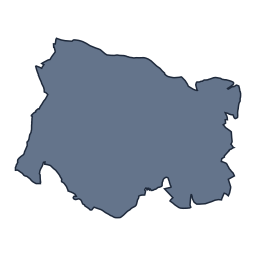 Cozma, Bistrita-Nasaud, Romania
{"feature_id": "2599482B53910069394437", "entity_name": "Cozma", "entity_type": "district", "adm_level": 2, "iso_a3": "ROU", "parent_name": "Romania", "parent_adm1": "Bistrita-Nasaud", "projection": "orthographic", "projection_center": [24.5, 46.802], "detail": "fine", "context": "isolated", "style": "filled", "palette": "slate", "viewbox_px": 256, "rotation_deg": 0, "n_neighbors": 0, "source": "geoboundaries", "source_scale": "gbopen_adm2", "svg_char_len": 5748}
<svg xmlns="http://www.w3.org/2000/svg" viewBox="0 0 256 256"><path d="M233.8,147.6L233.4,147.4L232.8,146.7L231.5,144.8L230.9,144.2L231.8,142.5L232.0,142.0L232.1,141.3L231.7,137.7L231.3,131.9L230.2,130.9L225.8,127.8L225.2,127.2L224.5,126.2L223.2,124.8L225.6,123.1L225.2,119.8L226.7,119.6L227.4,119.7L227.2,117.6L226.9,116.4L225.2,112.7L228.0,113.4L229.3,114.2L230.4,114.4L231.0,114.7L232.9,114.8L233.1,115.0L233.7,116.6L234.2,117.7L234.7,118.2L235.2,118.6L235.9,118.4L237.5,117.5L237.7,115.9L237.6,112.5L237.8,110.5L238.2,108.7L238.5,105.9L238.9,103.7L239.3,102.6L240.1,101.1L240.1,99.0L240.2,98.2L240.5,97.2L240.6,95.7L240.6,93.4L240.4,92.6L240.3,91.8L239.9,91.4L239.5,88.7L238.8,86.0L237.4,85.4L236.3,85.1L234.2,86.5L233.7,86.3L233.1,86.8L232.8,86.8L232.5,86.6L231.9,86.9L228.3,89.1L227.8,88.9L227.5,88.5L230.1,86.9L233.4,84.1L233.6,83.3L233.6,82.9L233.4,82.4L233.0,82.1L231.6,81.4L229.6,80.7L226.2,79.8L224.3,79.7L223.6,79.5L222.5,79.4L221.4,78.9L220.7,78.4L220.3,78.3L216.4,77.6L215.3,77.5L213.4,77.8L210.7,78.8L208.3,79.5L207.8,79.8L206.0,80.0L204.4,80.0L203.4,80.4L202.5,81.2L201.0,81.3L199.4,82.0L196.9,82.0L196.3,82.8L195.8,84.6L195.8,85.0L196.2,86.8L196.6,88.1L196.8,89.2L197.1,89.9L197.4,90.4L197.1,90.5L195.3,90.1L193.3,89.3L188.7,86.5L188.4,86.3L188.2,86.0L187.3,84.0L185.2,80.7L181.9,77.3L181.2,76.9L179.3,77.3L174.3,77.7L173.0,77.6L170.3,77.1L167.9,76.5L167.0,76.0L165.6,75.0L164.6,74.0L164.7,73.4L164.6,73.1L162.2,70.9L161.0,69.5L159.9,68.3L156.6,66.0L151.1,60.9L148.3,59.1L145.8,58.1L143.9,57.7L142.7,57.7L138.9,57.8L136.7,57.7L135.2,57.8L133.9,58.0L132.0,57.6L129.4,57.3L128.9,57.0L127.2,56.6L126.0,56.1L123.9,55.6L119.5,55.4L117.1,55.0L116.4,55.1L114.6,55.4L113.0,55.4L110.5,55.3L106.9,54.9L105.0,53.7L100.3,49.7L98.1,48.8L95.7,48.0L90.0,45.7L86.5,43.5L82.9,41.7L81.2,41.1L78.6,40.4L75.7,40.0L74.1,39.9L73.5,40.0L73.0,40.3L72.1,41.1L71.5,41.2L65.1,40.7L61.4,40.0L58.1,38.9L56.5,38.3L55.9,39.5L55.3,43.9L53.5,43.9L53.7,47.3L54.2,47.4L55.1,50.9L55.2,52.0L52.5,55.6L51.2,57.5L50.1,59.5L48.0,60.0L42.6,62.9L41.7,63.5L43.9,64.7L42.3,66.9L41.7,68.3L39.4,67.2L36.2,66.0L35.7,66.3L36.5,69.3L37.7,72.9L38.3,74.1L38.4,75.4L38.9,76.3L39.5,78.1L41.3,82.0L41.7,83.5L43.6,87.3L44.2,89.7L44.2,91.2L44.3,92.0L45.1,92.3L45.8,92.6L46.9,93.6L47.8,94.6L47.1,96.0L45.3,99.2L43.7,101.1L41.8,104.3L40.2,106.6L39.2,108.9L38.2,108.8L37.7,109.2L36.6,110.0L36.1,110.5L35.7,111.0L35.8,111.2L35.5,111.6L35.6,111.9L33.7,113.0L31.7,115.0L31.9,115.1L31.4,115.9L32.3,116.6L32.0,118.3L31.9,121.3L31.7,122.1L31.7,122.3L31.9,122.6L31.9,122.8L31.6,125.3L31.6,128.2L31.5,130.2L31.2,130.9L31.1,132.1L31.0,132.4L29.7,134.9L29.0,138.9L28.7,139.8L28.0,141.1L27.0,142.1L27.2,144.2L27.2,145.5L27.1,146.0L26.6,147.0L26.2,148.1L24.5,151.9L24.3,153.0L23.8,154.2L23.4,154.7L20.9,156.5L18.9,158.3L17.9,159.6L17.7,160.2L17.6,161.0L17.6,161.7L17.8,162.4L17.2,163.3L17.0,164.0L16.3,164.9L16.2,165.4L16.1,166.2L15.6,167.1L15.4,167.7L15.4,168.2L15.5,168.8L15.4,170.2L15.6,170.3L16.5,170.1L17.4,170.1L18.1,170.4L22.4,173.4L23.9,175.3L25.0,175.9L25.7,176.1L26.8,176.3L30.0,178.8L30.6,179.5L31.2,180.3L32.5,181.5L33.1,181.9L35.3,183.2L36.2,183.6L37.2,183.6L40.4,183.6L40.3,182.0L40.6,182.0L40.4,180.5L40.2,178.2L40.1,174.9L39.9,174.4L39.6,174.1L39.4,173.6L39.7,172.4L39.8,171.1L40.7,168.8L42.0,166.5L42.7,164.9L43.1,163.4L43.5,162.3L45.0,162.0L44.7,164.2L47.3,164.6L50.1,165.4L50.6,165.7L53.6,168.6L55.7,170.2L58.6,173.9L59.7,175.5L60.2,176.7L61.8,179.2L61.5,180.0L61.6,181.7L62.9,182.4L64.2,183.4L66.5,186.6L68.0,190.3L68.0,190.9L70.0,191.7L71.0,192.0L72.7,192.8L73.5,193.2L75.0,194.2L75.8,195.4L76.3,196.3L75.6,196.4L74.3,196.2L74.0,196.3L73.5,197.0L73.3,197.3L73.2,197.8L73.4,198.3L74.1,199.1L75.2,199.5L76.0,199.5L78.6,198.8L79.8,199.2L80.8,199.9L81.4,200.8L82.6,203.7L83.1,204.2L84.2,204.7L84.5,204.9L84.9,205.9L85.4,206.3L86.3,206.8L88.0,208.0L89.2,208.9L90.1,209.9L91.2,210.0L91.9,209.8L92.9,208.4L94.1,207.2L97.4,208.4L101.0,209.6L102.6,210.5L105.5,212.6L108.7,214.3L110.5,215.5L111.9,216.0L114.2,217.3L115.3,217.6L117.0,217.7L119.7,217.6L120.5,217.4L121.5,216.7L123.5,215.1L126.9,211.8L128.0,210.9L130.0,209.7L130.9,208.7L132.5,207.6L134.7,206.5L135.5,205.9L136.0,205.3L136.4,204.5L136.8,203.0L137.6,199.7L138.4,198.5L138.7,197.7L138.7,196.2L139.8,195.6L140.8,195.3L141.6,195.1L144.7,195.0L145.5,191.6L145.4,190.9L144.8,190.2L144.7,189.8L144.9,189.3L145.9,188.0L146.7,188.4L147.4,188.3L147.6,188.7L147.3,189.2L146.8,189.6L146.9,189.9L147.3,189.9L148.4,189.0L148.8,188.4L149.1,189.0L149.2,189.7L149.4,190.0L150.2,189.1L151.2,190.5L151.8,190.3L152.4,190.4L153.3,190.1L154.5,189.4L155.3,189.3L156.1,189.0L157.9,187.5L159.8,187.1L161.2,186.5L162.1,185.8L162.1,184.5L162.2,183.7L162.2,182.5L162.9,181.0L163.2,179.6L163.6,179.0L164.1,178.4L165.7,177.4L166.5,177.3L167.5,177.6L168.1,178.0L168.3,178.2L168.4,178.6L168.4,179.1L168.8,180.1L169.3,181.4L169.4,182.1L170.3,185.0L171.0,186.4L170.9,187.3L164.5,188.8L172.9,197.7L171.1,199.4L170.1,200.7L170.0,201.0L172.9,203.1L174.8,204.8L178.8,207.5L180.5,208.1L183.1,208.3L186.9,208.2L189.9,207.9L190.2,207.5L190.8,207.2L190.7,206.9L190.0,205.1L190.6,197.9L191.0,194.8L191.2,194.6L191.5,194.7L191.7,195.2L192.1,196.5L192.4,198.5L193.9,201.8L194.2,202.3L196.7,204.1L199.6,204.1L205.4,203.7L211.9,201.5L215.0,200.2L218.4,199.6L221.5,199.9L221.7,198.9L222.5,197.0L223.7,194.1L224.2,193.2L226.2,194.0L228.3,195.8L229.0,194.3L229.6,192.8L230.6,188.1L230.7,186.9L228.3,179.3L234.4,175.9L233.8,174.5L233.4,173.7L233.3,173.3L233.0,172.9L231.3,171.2L230.3,169.8L229.5,169.0L229.1,168.5L228.8,167.6L227.7,165.8L226.9,164.1L226.0,163.2L223.1,162.0L221.3,161.5L221.8,158.6L224.4,157.1L224.3,155.9L224.8,155.4L228.5,151.3L229.2,150.7L229.0,150.3L229.9,149.5L231.0,149.2L232.9,147.9L233.8,147.6Z" fill="#64748b" stroke="#1e293b" stroke-width="1.5"/></svg>